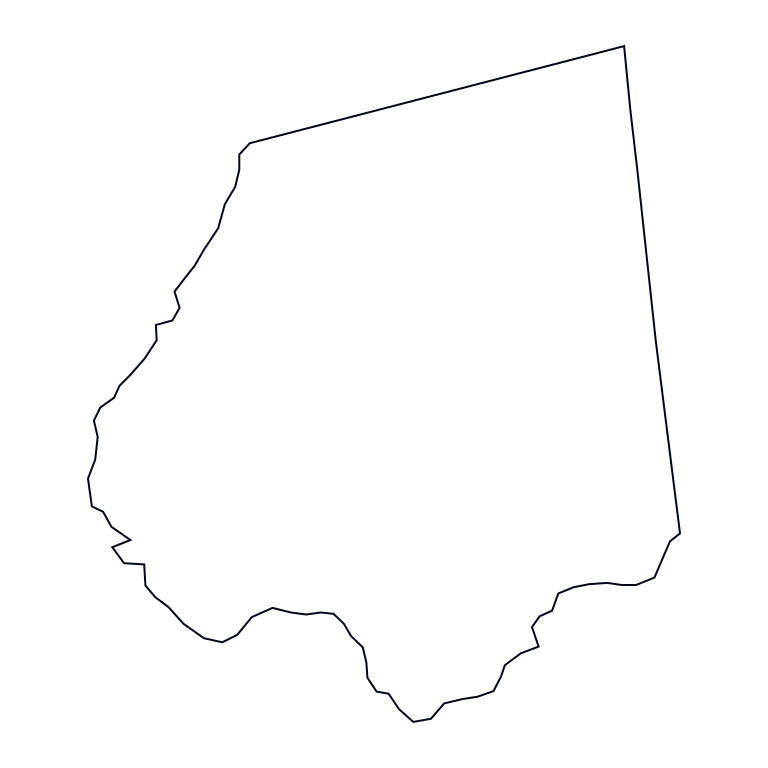 Damião, Paraíba, Brazil (Mercator projection)
{"feature_id": "56859067B20936689760116", "entity_name": "Damião", "entity_type": "district", "adm_level": 2, "iso_a3": "BRA", "parent_name": "Brazil", "parent_adm1": "Paraíba", "projection": "mercator", "projection_center": [-35.949, -6.643], "detail": "fine", "context": "isolated", "style": "outline", "palette": "ink", "viewbox_px": 768, "rotation_deg": 0, "n_neighbors": 0, "source": "geoboundaries", "source_scale": "gbopen_adm2", "svg_char_len": 1080}
<svg xmlns="http://www.w3.org/2000/svg" viewBox="0 0 768 768"><path d="M430.9,718.8L444.2,703.4L462.3,699.1L477.6,696.7L493.5,691.1L501.1,676.4L504.9,665.1L520.8,653.3L538.6,646.6L532.0,627.1L539.6,616.3L552.1,610.7L558.3,593.5L573.3,587.3L588.9,584.2L607.3,582.9L621.8,585.0L636.1,585.0L654.5,577.5L662.9,557.8L670.0,541.3L680.0,533.4L655.7,340.2L637.4,170.6L630.2,108.7L624.1,46.1L249.8,143.2L239.3,154.5L239.3,169.6L235.2,186.8L224.8,204.3L218.2,228.2L203.9,249.8L194.7,265.7L186.3,276.2L174.5,291.6L179.6,307.8L172.5,320.4L155.9,325.0L156.7,340.2L144.9,358.2L130.6,374.6L119.4,385.9L114.1,397.7L100.3,407.5L93.9,420.6L97.7,437.0L95.2,459.6L88.0,478.6L90.1,493.8L91.9,506.4L103.1,511.8L111.5,526.9L130.4,540.0L112.3,547.2L124.0,563.2L144.2,564.4L145.4,585.5L155.4,597.3L168.7,607.3L183.5,623.8L203.9,638.2L222.2,642.3L237.3,634.8L251.8,617.1L272.5,607.9L290.9,612.5L306.2,614.5L320.5,612.5L333.5,613.8L343.9,623.8L351.1,636.1L362.8,647.4L366.4,662.6L367.4,677.7L376.6,691.6L388.6,693.7L399.1,709.3L413.3,721.9L430.9,718.8Z" fill="none" stroke="#020617" stroke-width="2"/></svg>